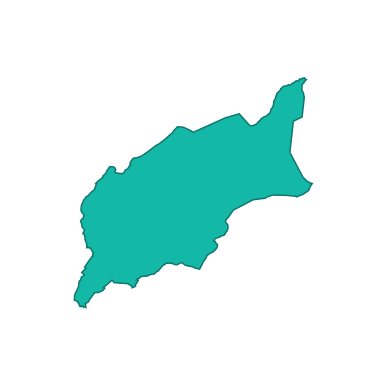 Bray West Lea-4, Wicklow, Ireland, rotated 142°
{"feature_id": "5873133B9923799249207", "entity_name": "Bray West Lea-4", "entity_type": "district", "adm_level": 2, "iso_a3": "IRL", "parent_name": "Ireland", "parent_adm1": "Wicklow", "projection": "equal_earth", "projection_center": [-6.2, 53.173], "detail": "fine", "context": "isolated", "style": "filled", "palette": "teal", "viewbox_px": 384, "rotation_deg": 142, "n_neighbors": 0, "source": "geoboundaries", "source_scale": "gbopen_adm2", "svg_char_len": 2905}
<svg xmlns="http://www.w3.org/2000/svg" viewBox="0 0 384 384"><g transform="rotate(142 192 192)"><path d="M262.0,258.1L261.6,257.8L267.5,253.9L271.4,253.9L276.8,253.0L278.2,253.5L279.3,252.9L281.7,252.6L287.3,249.6L290.5,246.3L291.2,244.8L291.4,240.1L294.3,238.3L296.0,238.5L298.1,237.2L298.0,236.1L300.1,232.2L300.0,228.3L303.6,226.4L303.0,225.3L304.1,222.3L305.4,220.7L307.4,214.9L308.6,213.9L309.2,212.8L308.1,212.7L307.5,211.2L306.6,210.5L307.4,204.4L308.7,204.2L309.3,202.5L309.7,203.0L322.8,199.0L322.4,197.4L328.5,196.4L327.7,193.1L329.5,192.8L331.4,193.1L334.3,191.1L335.8,191.2L339.7,187.3L348.0,183.0L351.3,179.2L349.9,177.0L350.0,175.9L349.6,175.5L350.0,175.2L349.8,173.4L350.3,173.0L350.7,171.3L350.1,171.2L350.4,170.7L349.8,170.5L349.9,169.8L349.0,169.8L347.7,168.0L348.0,167.7L347.1,167.5L346.7,166.4L344.8,169.6L341.0,169.2L339.6,170.1L331.9,172.3L330.4,172.4L327.6,170.4L323.2,169.3L320.0,169.9L320.6,171.2L309.5,171.7L309.0,168.3L299.2,159.5L297.8,156.2L297.5,153.7L297.9,153.5L295.6,152.6L294.3,152.6L293.6,153.8L292.5,154.1L288.8,155.3L288.6,156.1L289.7,156.8L288.3,157.2L286.8,156.6L283.5,156.5L278.7,153.1L277.6,153.2L274.7,152.1L272.0,150.6L269.5,151.1L267.6,150.5L260.1,152.1L258.0,151.6L256.2,151.8L252.0,148.5L250.0,145.2L248.4,143.8L244.9,143.3L243.3,142.3L242.5,138.9L241.5,137.2L237.5,132.7L236.4,130.2L233.5,126.5L225.3,130.4L222.6,130.9L219.7,132.5L216.8,132.7L211.4,131.7L210.5,132.3L209.2,132.0L206.2,133.0L204.4,134.6L204.2,135.4L204.7,137.1L204.1,138.5L204.9,140.0L202.2,141.1L198.0,139.4L196.2,139.6L193.9,138.3L192.2,138.3L190.8,139.3L188.8,139.5L186.5,140.8L184.1,143.7L184.0,148.1L181.3,149.5L179.8,149.5L170.5,152.3L148.7,148.3L138.2,142.1L135.7,141.8L130.4,140.0L120.2,131.7L113.4,125.3L112.6,123.8L105.8,121.8L98.9,121.4L95.7,123.4L92.0,124.7L93.3,126.4L94.6,129.5L95.5,135.3L90.5,162.9L68.6,185.4L59.1,183.3L45.4,197.3L43.2,201.6L42.7,204.7L39.4,208.6L38.6,209.1L37.0,208.9L35.6,209.8L32.7,210.2L33.4,211.4L33.0,212.6L35.2,213.8L36.5,213.5L37.5,214.8L40.2,214.0L41.0,215.2L42.0,215.5L44.1,215.4L46.3,215.9L48.1,215.6L50.0,217.1L53.0,217.8L54.4,218.9L58.4,218.8L59.6,217.9L64.4,217.4L66.1,215.9L66.8,216.0L68.7,214.4L71.7,213.2L73.9,210.8L76.4,209.0L78.4,208.7L82.0,206.2L84.6,206.4L86.0,206.0L89.6,207.0L91.1,206.8L92.3,207.2L94.1,206.5L97.1,206.5L98.7,205.8L100.3,205.8L101.0,206.4L102.4,206.5L104.3,207.3L105.6,209.1L106.7,224.6L120.1,229.9L154.4,238.3L154.7,239.9L158.8,248.2L163.1,252.3L168.8,251.6L170.0,250.8L182.1,250.1L188.9,250.3L191.2,250.8L203.5,251.0L210.1,251.5L214.7,253.1L217.6,254.8L222.0,253.6L224.0,251.8L223.6,251.1L224.1,250.8L225.5,251.0L228.5,249.8L230.9,250.5L233.3,249.3L234.7,249.2L236.1,249.8L237.7,251.2L240.7,254.7L240.3,255.8L239.3,255.8L238.4,256.5L237.9,258.4L238.4,259.0L238.2,259.8L241.1,262.6L246.7,260.9L248.1,259.9L252.5,259.4L253.1,258.4L257.8,258.5L262.0,258.1Z" fill="#14b8a6" stroke="#0f766e" stroke-width="1.5"/></g></svg>